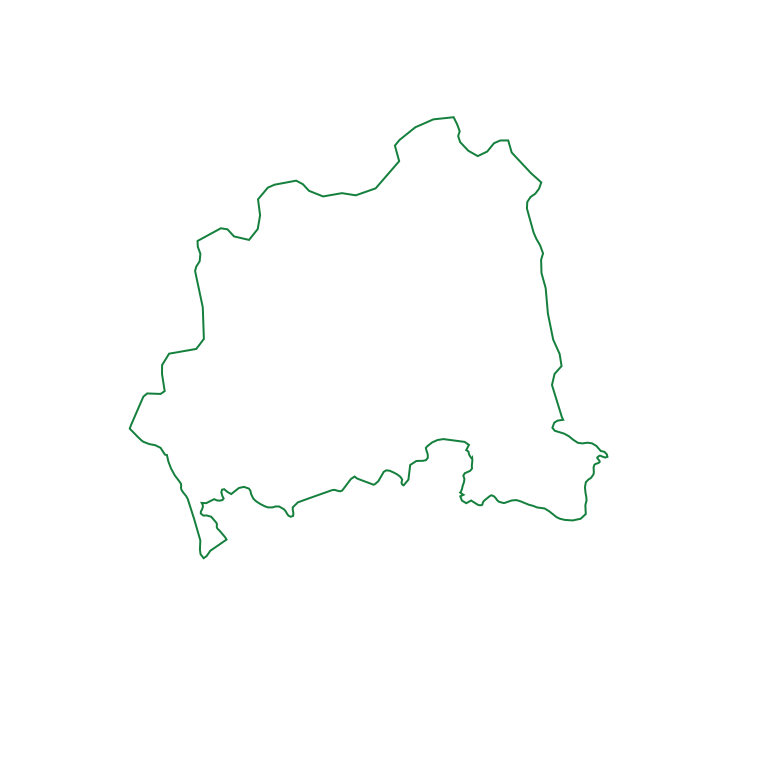 the border of Lower Silesian, rotated 321°
{"feature_id": "POL-3141", "entity_name": "Lower Silesian", "entity_type": "Voivodeship", "adm_level": 1, "iso_a3": "POL", "parent_name": "Poland", "parent_adm1": "", "projection": "mercator", "projection_center": [16.102, 50.931], "detail": "fine", "context": "isolated", "style": "outline", "palette": "green", "viewbox_px": 768, "rotation_deg": 321, "n_neighbors": 0, "source": "natural_earth", "source_scale": "10m", "svg_char_len": 3670}
<svg xmlns="http://www.w3.org/2000/svg" viewBox="0 0 768 768"><g transform="rotate(321 384 384)"><path d="M185.4,372.5L182.9,371.3L180.9,369.3L179.5,366.6L170.8,364.7L167.5,361.7L167.0,364.0L166.2,365.2L163.7,367.0L162.8,367.3L161.8,367.7L160.9,368.4L160.1,369.4L160.8,372.5L163.6,374.7L166.2,378.5L166.4,386.4L165.9,387.8L164.2,389.7L163.7,390.6L163.6,392.2L163.7,393.2L163.9,394.0L164.1,403.4L163.7,405.8L144.1,404.3L137.9,406.1L134.2,405.9L134.3,400.9L136.7,396.9L142.8,390.0L151.5,369.4L159.1,349.9L159.7,346.7L159.7,341.5L160.0,338.8L160.9,336.9L162.2,335.6L163.4,333.8L163.7,330.3L163.9,323.4L165.3,315.7L167.7,308.4L170.6,302.6L169.9,301.8L169.3,301.0L170.2,293.0L167.7,287.6L163.8,283.0L160.6,277.4L160.1,275.5L159.4,270.6L159.4,270.3L158.3,258.7L161.6,256.7L189.0,242.4L194.0,242.3L204.1,251.1L209.1,251.5L217.8,236.5L223.5,229.6L236.1,225.2L260.2,238.6L272.4,235.6L291.4,210.4L308.3,177.3L312.0,174.6L318.0,172.6L323.2,167.3L325.7,160.1L329.1,155.5L355.2,160.3L359.7,165.3L360.3,174.9L369.8,187.1L383.4,184.1L393.9,174.9L402.3,161.2L417.3,158.3L424.3,160.2L443.7,170.7L446.7,177.7L447.3,186.7L454.7,199.9L471.4,209.2L480.8,219.6L500.6,226.7L536.0,220.4L542.5,205.6L549.7,204.1L569.9,204.2L588.9,209.4L606.0,220.5L604.2,228.4L601.9,235.2L597.7,238.0L595.4,243.9L596.3,255.8L600.3,265.9L610.5,268.3L621.0,266.1L627.6,267.9L633.8,272.9L628.9,284.5L630.9,312.7L633.1,326.3L627.4,329.8L621.4,331.3L615.5,330.9L609.9,332.7L605.5,337.6L595.5,360.6L593.7,367.3L592.6,374.4L589.8,382.6L584.3,386.3L576.2,396.9L570.0,411.2L555.7,432.4L543.4,456.0L539.4,471.2L533.3,481.8L522.9,483.5L513.9,490.5L501.5,521.4L500.7,524.6L495.9,521.7L492.0,521.2L487.3,524.0L487.3,527.8L492.8,536.0L494.8,540.9L496.0,546.6L497.7,551.8L500.9,555.1L505.1,557.6L508.3,561.0L510.1,565.9L510.3,572.4L512.6,575.4L512.9,578.9L511.8,581.2L509.7,580.4L507.9,577.7L507.1,576.0L506.1,575.3L503.5,575.3L503.1,576.0L503.1,579.3L502.7,580.2L501.1,580.4L497.9,579.2L496.4,579.3L494.4,580.7L491.5,584.7L489.9,586.1L488.0,586.6L485.9,587.2L482.4,586.9L479.0,587.4L475.2,590.7L472.1,595.4L470.2,599.0L468.1,602.0L464.3,604.8L459.0,612.0L452.1,612.5L444.8,608.8L438.9,603.3L435.9,599.4L434.3,596.0L432.3,586.9L430.5,581.8L425.3,576.3L423.1,572.4L420.6,569.0L416.2,561.0L413.8,557.5L410.0,554.9L402.3,552.1L399.3,548.0L398.8,545.6L399.0,543.2L398.8,540.7L397.6,538.2L396.0,537.7L388.2,537.7L386.2,538.3L384.9,539.4L383.7,539.7L381.5,537.9L380.7,536.3L378.4,529.4L372.9,528.4L371.2,523.6L372.6,519.3L376.0,520.1L375.7,519.3L374.9,516.3L375.9,516.2L377.5,515.2L378.4,514.8L381.1,512.6L384.1,510.8L386.7,508.5L388.0,505.1L390.7,504.2L396.2,505.7L399.2,505.1L400.8,502.8L404.3,499.3L405.8,497.2L405.3,497.4L405.3,495.8L405.5,493.7L405.8,492.3L406.5,490.8L407.0,490.0L407.0,489.1L406.3,487.1L411.7,484.8L410.2,479.7L395.5,464.2L390.3,461.2L384.7,459.7L378.4,459.6L376.2,460.1L375.0,462.8L373.7,466.2L371.6,468.9L368.7,469.6L366.1,468.3L360.7,464.2L353.4,463.4L342.8,473.7L335.5,475.1L335.1,474.3L335.0,473.4L335.2,472.6L335.5,471.7L338.0,469.7L338.3,466.4L337.4,462.7L335.9,459.0L333.7,454.8L331.4,452.5L328.5,452.1L318.4,456.0L313.6,456.1L312.5,455.7L303.8,440.9L303.3,439.3L302.9,437.4L298.6,437.0L284.4,440.5L282.6,439.9L281.3,438.6L279.0,435.2L277.1,433.9L256.5,426.6L242.7,421.8L235.5,422.4L233.9,424.4L232.3,427.3L230.4,429.3L230.1,429.2L228.0,428.5L226.9,426.3L227.0,423.7L227.5,421.0L227.4,418.3L225.4,413.2L222.8,411.0L219.7,409.7L216.2,406.9L214.4,404.0L212.4,399.5L210.8,394.7L210.3,390.8L211.5,385.8L213.0,382.9L213.2,380.3L210.4,375.8L205.8,373.5L196.0,373.4L194.4,369.4L193.6,365.2L191.6,364.2L189.4,365.8L187.9,369.3L187.3,372.1L185.4,372.5Z" fill="none" stroke="#15803d" stroke-width="2"/></g></svg>